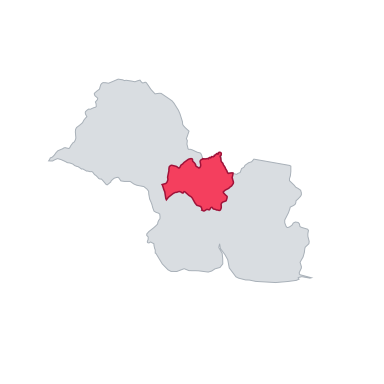 Guyana, with Potaro-Siparuni highlighted, rotated 142°
{"feature_id": "GUY-672", "entity_name": "Potaro-Siparuni", "entity_type": "Region", "adm_level": 1, "iso_a3": "GUY", "parent_name": "Guyana", "parent_adm1": "", "projection": "mercator", "projection_center": [-59.388, 4.854], "detail": "fine", "context": "in_parent", "style": "filled", "palette": "rose", "viewbox_px": 384, "rotation_deg": 142, "n_neighbors": 0, "source": "natural_earth", "source_scale": "10m", "svg_char_len": 6919}
<svg xmlns="http://www.w3.org/2000/svg" viewBox="0 0 384 384"><g transform="rotate(142 192 192)"><path d="M123.0,179.8L114.9,170.8L106.7,161.7L98.7,152.8L98.2,151.5L101.5,147.3L104.5,144.2L107.0,142.5L108.2,140.9L107.3,134.4L107.3,132.0L106.2,129.4L105.3,126.5L106.3,124.1L107.5,122.5L109.1,121.8L112.8,121.2L115.5,121.0L116.4,120.0L117.9,118.9L120.0,118.8L123.9,119.6L125.7,118.2L128.9,116.2L136.2,112.8L137.9,110.6L139.0,107.1L138.9,105.5L138.2,104.9L136.3,104.4L133.6,104.3L131.3,105.2L129.0,104.7L127.1,102.6L127.0,100.8L128.2,98.3L127.5,96.7L123.8,91.5L123.9,90.0L126.5,87.7L128.0,85.7L130.1,80.9L131.7,79.3L136.8,78.8L138.1,77.8L140.7,75.2L144.5,72.4L150.1,70.1L151.7,65.9L152.7,64.7L157.1,62.5L157.9,61.3L157.8,60.3L150.7,50.9L152.1,51.5L157.6,57.7L160.6,59.0L161.3,59.0L161.3,57.4L164.1,58.1L171.3,62.3L181.9,69.2L196.8,82.3L201.0,87.3L203.9,89.7L208.3,95.4L209.6,98.1L209.4,109.2L205.5,116.7L204.6,122.4L204.4,129.9L202.1,134.2L205.1,131.8L206.0,125.1L208.6,120.9L212.0,116.4L216.4,115.3L221.2,117.3L225.1,117.6L228.5,118.9L235.7,126.2L242.8,131.9L245.4,136.4L252.9,138.7L257.4,142.3L258.8,145.4L259.7,153.6L258.2,165.9L258.6,166.5L256.6,169.0L256.2,170.5L254.9,173.2L253.9,174.7L255.4,178.1L257.1,178.3L257.7,178.7L258.1,179.4L258.0,180.1L257.4,180.7L255.8,181.6L254.2,183.5L254.4,185.7L253.4,186.8L250.3,187.4L244.2,187.4L241.3,187.6L238.9,187.9L237.3,189.3L235.3,190.3L233.8,190.6L232.4,192.2L231.0,194.5L231.5,196.1L232.9,198.2L233.7,200.3L232.6,203.8L231.4,206.5L230.7,208.6L229.7,212.5L227.4,216.9L225.7,219.4L225.7,222.1L226.6,225.9L231.4,231.4L232.9,234.1L234.2,238.4L238.5,241.7L241.2,244.5L241.0,248.0L241.3,249.2L243.0,250.1L245.0,250.8L247.3,250.7L249.3,250.4L249.8,249.9L254.4,249.8L255.0,250.7L255.2,255.9L255.4,258.0L256.5,258.8L257.2,260.1L257.2,261.3L257.5,264.1L258.1,265.7L258.0,268.8L258.5,269.9L259.8,270.7L261.4,272.9L262.0,273.1L262.4,273.9L263.7,277.1L264.5,278.0L265.0,278.1L265.2,279.2L266.2,282.2L266.9,282.9L268.2,285.1L268.7,287.4L270.4,290.1L272.2,291.9L273.0,293.9L275.2,298.1L277.4,301.1L280.3,301.9L282.8,302.3L284.3,303.5L285.8,304.8L284.2,305.3L282.7,306.1L280.7,305.5L277.9,305.8L275.0,306.7L272.3,307.1L267.2,305.7L265.7,305.6L264.6,305.0L262.5,302.3L261.5,302.0L258.8,303.2L255.5,304.1L253.9,303.9L252.0,304.8L250.3,306.0L246.9,311.2L245.2,313.0L243.3,313.9L239.6,313.8L235.6,314.0L232.7,315.3L229.9,315.9L228.5,316.0L228.0,318.8L227.4,320.1L226.5,320.9L224.3,321.1L222.4,321.0L221.2,319.8L219.0,319.3L217.1,318.8L215.8,318.2L214.8,318.3L214.0,319.5L213.3,320.5L212.7,322.4L209.7,323.0L208.5,324.0L209.2,327.5L208.9,328.9L208.2,329.9L204.7,330.1L201.6,330.0L199.9,331.3L197.7,332.8L196.4,333.1L194.8,333.0L192.8,331.3L190.8,329.1L185.7,327.7L180.7,326.4L177.5,323.0L176.7,321.4L175.1,320.6L171.3,316.6L169.1,314.0L166.8,313.3L164.1,312.2L164.2,310.4L164.0,308.6L162.9,307.8L161.3,307.4L160.7,306.3L160.8,304.0L161.2,297.9L160.7,292.1L157.1,290.0L155.6,288.7L152.8,280.0L151.6,276.1L151.5,273.2L152.4,264.6L153.4,260.9L156.2,253.4L157.8,250.9L157.9,249.0L157.7,246.6L156.9,241.8L161.6,238.7L163.6,237.5L164.0,235.4L166.5,232.9L167.6,230.4L168.5,228.5L168.3,227.5L167.2,226.9L165.9,225.1L163.2,219.8L162.2,218.7L161.3,217.3L161.8,214.9L162.8,212.4L162.7,211.3L161.1,210.0L157.7,207.7L154.9,207.5L152.8,206.7L149.6,206.6L147.1,206.4L145.7,205.5L146.0,204.1L146.6,203.0L148.7,200.4L150.1,197.6L150.3,194.8L150.8,191.1L151.4,188.0L151.7,184.4L148.4,182.1L147.3,180.1L145.9,178.4L144.4,178.4L142.1,177.7L138.5,179.9L135.7,179.5L133.8,180.4L129.3,180.2L126.4,179.1L123.0,179.8Z" fill="#d9dde1" stroke="#a8b0b8" stroke-width="1"/><path d="M147.1,206.7L146.7,206.7L146.3,206.6L145.7,206.3L145.2,205.7L145.0,205.0L145.2,204.3L146.2,203.2L146.5,203.1L147.3,203.1L147.6,203.0L148.0,202.7L148.1,202.3L148.2,201.9L148.3,201.5L148.5,201.0L149.5,199.4L149.9,198.8L150.1,198.1L150.2,197.4L150.0,195.7L150.6,194.0L150.7,191.7L150.9,190.6L151.2,189.9L151.3,189.2L151.4,187.7L152.1,185.4L152.0,184.3L150.9,183.8L149.2,182.8L148.4,182.2L148.0,181.6L148.3,181.4L149.0,180.6L150.8,179.2L151.4,178.7L151.7,178.3L151.8,177.8L152.5,176.3L152.9,175.1L153.3,174.2L153.7,173.8L154.1,173.4L154.5,173.2L157.0,172.4L157.5,172.4L159.2,172.5L160.4,172.3L161.0,172.3L164.5,173.0L165.1,173.0L167.3,172.8L167.7,172.0L167.4,168.9L167.1,167.4L167.1,167.0L167.2,166.6L167.4,166.4L168.5,165.4L170.1,164.3L170.4,164.2L170.5,164.1L170.8,164.1L173.6,165.0L174.2,165.1L174.8,165.1L175.0,165.1L175.4,165.0L175.8,164.9L176.4,164.5L176.8,164.2L177.0,163.9L177.5,163.0L178.2,162.1L178.6,161.6L179.0,161.3L180.4,160.5L180.7,160.4L181.1,160.4L181.4,160.4L181.7,160.5L182.0,160.8L182.2,161.0L183.0,162.1L183.8,162.8L183.9,163.1L184.5,164.2L184.7,164.4L184.9,164.7L185.4,165.2L185.6,165.4L185.7,165.7L185.6,167.1L185.6,167.4L185.8,167.7L186.1,167.9L186.6,168.0L187.0,168.0L187.3,167.9L188.7,167.3L189.1,167.2L189.4,167.3L189.6,167.5L190.6,168.8L190.9,169.0L191.1,169.2L191.4,169.3L193.1,169.4L193.5,169.5L193.8,169.5L194.1,169.7L194.4,169.8L194.6,170.1L195.5,171.7L195.0,171.9L194.7,172.7L194.4,173.3L194.2,173.7L194.2,174.1L194.2,174.5L194.2,174.8L194.0,175.1L195.8,177.8L196.2,178.2L196.4,178.8L196.4,181.6L195.5,187.1L195.6,188.7L196.5,191.1L197.5,196.6L198.0,197.2L199.7,196.7L200.3,197.3L200.8,199.0L201.7,200.2L202.3,200.5L202.5,200.6L204.1,201.1L204.5,201.3L204.8,201.5L205.3,201.9L206.1,202.1L207.9,202.4L213.7,202.4L216.5,201.7L217.0,201.6L216.6,203.1L213.4,208.8L212.7,211.3L211.1,215.5L211.0,216.3L209.2,215.6L208.1,215.1L207.5,214.9L207.2,214.9L206.8,214.9L206.2,215.0L205.9,215.1L205.0,215.5L204.2,216.0L203.6,216.4L203.0,217.1L202.3,218.4L202.1,218.7L196.9,223.2L196.2,224.2L195.2,225.2L194.6,225.7L194.3,225.9L194.2,225.9L193.7,226.0L192.5,226.0L191.9,225.8L191.6,225.6L191.3,225.3L188.7,222.0L188.5,221.5L188.3,221.1L188.1,220.2L187.8,219.3L187.7,219.1L187.5,218.9L187.2,218.9L186.7,218.8L186.2,219.0L184.5,219.8L184.2,219.9L183.9,220.0L183.7,220.0L182.8,219.9L182.3,219.8L180.1,220.2L174.9,220.0L174.3,219.9L173.8,219.7L172.5,219.1L172.2,218.9L171.9,218.6L171.6,218.3L171.5,217.9L171.5,217.6L171.7,217.1L171.9,216.7L172.4,216.2L172.5,215.8L172.5,215.5L172.2,213.9L172.2,212.2L172.3,211.5L172.5,210.9L172.8,210.7L172.9,210.4L172.9,209.9L172.8,209.3L172.2,208.0L172.1,207.4L171.8,206.7L170.9,206.4L170.1,206.7L169.8,206.8L169.5,207.0L169.2,207.2L168.9,207.5L168.5,207.9L168.3,208.3L167.0,210.8L166.9,211.0L166.6,211.3L166.3,211.5L165.9,211.7L165.2,211.8L163.8,211.6L163.3,211.7L163.3,211.3L163.2,211.2L162.7,211.2L162.3,211.0L162.0,210.7L161.7,210.3L161.4,210.0L159.1,208.8L158.6,208.1L158.3,208.4L158.0,208.5L157.2,208.3L156.6,208.3L156.4,208.2L156.4,207.5L156.2,207.4L155.7,207.4L155.0,207.7L154.6,207.8L154.4,207.6L153.9,206.9L153.5,206.6L153.1,206.6L152.7,206.5L152.3,206.6L152.2,207.0L151.9,207.2L151.5,207.1L150.6,206.8L149.8,206.9L149.2,207.1L148.8,207.0L148.6,206.3L148.4,206.0L148.0,205.8L147.6,205.8L147.4,206.1L147.3,206.5L147.1,206.7Z" fill="#f43f5e" stroke="#9f1239" stroke-width="1.5"/></g></svg>